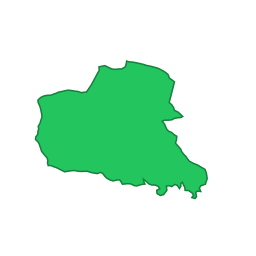 Serra Azul, São Paulo, Brazil, rotated 114°
{"feature_id": "56859067B84170485287144", "entity_name": "Serra Azul", "entity_type": "district", "adm_level": 2, "iso_a3": "BRA", "parent_name": "Brazil", "parent_adm1": "São Paulo", "projection": "equal_earth", "projection_center": [-47.543, -21.307], "detail": "fine", "context": "isolated", "style": "filled", "palette": "green", "viewbox_px": 256, "rotation_deg": 114, "n_neighbors": 0, "source": "geoboundaries", "source_scale": "gbopen_adm2", "svg_char_len": 2188}
<svg xmlns="http://www.w3.org/2000/svg" viewBox="0 0 256 256"><g transform="rotate(114 128 128)"><path d="M147.8,34.4L145.2,34.8L142.2,35.0L139.5,36.6L137.4,38.1L134.5,40.7L134.0,45.6L133.5,49.4L133.7,53.9L133.3,58.7L131.8,61.4L130.5,63.4L129.3,66.5L127.6,69.6L125.8,71.3L124.5,74.2L122.5,78.5L119.5,78.8L115.7,80.0L115.3,83.4L114.3,86.4L114.4,89.6L113.2,92.3L111.7,94.0L109.5,96.3L107.8,99.4L106.1,98.0L104.3,94.0L102.6,91.2L100.2,89.4L98.4,86.7L97.0,84.1L95.3,82.7L94.1,85.7L93.1,88.8L93.0,92.6L90.5,95.1L88.9,97.6L88.0,100.7L67.0,104.3L66.3,106.7L65.6,110.5L62.9,113.1L62.0,116.0L61.6,118.7L61.4,121.4L61.2,124.3L61.7,128.4L62.5,133.1L63.3,136.4L63.5,139.1L64.3,143.4L65.2,147.6L66.0,150.9L67.1,153.9L67.4,156.5L70.3,155.7L73.3,155.4L76.6,157.8L77.9,160.7L79.4,163.0L80.6,166.6L80.6,170.4L80.4,174.4L82.1,176.9L83.9,179.4L87.2,177.7L89.4,178.0L104.0,179.1L112.0,180.6L114.7,185.1L115.0,188.7L115.8,191.1L116.6,194.3L117.7,198.0L119.8,201.0L121.4,203.1L123.5,206.1L125.7,208.0L127.3,209.8L129.3,211.7L131.5,216.0L133.3,218.2L135.1,219.8L137.2,220.9L139.2,221.6L141.1,220.6L142.5,219.0L144.6,216.8L146.8,215.1L149.3,213.3L151.0,212.1L153.1,211.0L156.1,210.8L159.7,210.3L163.0,210.7L165.3,209.2L167.7,208.9L170.6,207.9L173.6,208.6L176.1,207.8L177.4,204.4L179.2,202.2L181.4,200.2L184.5,197.4L186.6,193.3L188.1,190.0L190.1,188.1L192.6,187.4L194.8,185.6L193.7,183.4L193.6,180.0L193.3,177.5L193.8,168.1L191.9,165.2L189.8,161.9L188.6,159.5L187.8,156.0L186.9,153.4L185.8,151.2L184.1,147.7L183.6,143.2L182.2,137.6L179.8,135.2L179.8,132.6L181.4,129.8L182.4,127.3L182.8,123.2L182.4,120.0L180.0,117.0L178.8,114.4L180.0,112.5L181.6,110.2L179.0,105.6L178.0,102.9L178.1,98.9L177.4,96.5L175.5,94.3L173.8,92.2L172.3,89.7L170.4,91.9L168.5,93.1L169.6,89.0L170.6,86.1L170.4,82.9L169.1,80.1L169.0,76.6L170.6,74.3L173.2,76.4L176.1,74.8L176.5,71.0L174.4,68.4L172.0,67.8L169.1,67.1L165.5,69.3L164.0,67.0L163.7,64.1L160.5,62.3L160.4,59.6L162.4,56.3L159.6,56.0L157.3,57.2L155.5,56.3L157.6,54.0L159.2,51.9L161.8,50.5L160.5,47.1L161.3,43.0L162.6,40.8L165.6,41.4L165.2,38.1L163.0,37.4L159.3,39.9L157.5,39.0L156.4,35.7L153.9,38.4L151.2,38.0L147.8,34.4Z" fill="#22c55e" stroke="#15803d" stroke-width="1.5"/></g></svg>